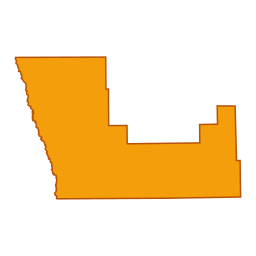 Polk, Minnesota, United States of America (orthographic projection)
{"feature_id": "52423323B42155101641625", "entity_name": "Polk", "entity_type": "district", "adm_level": 2, "iso_a3": "USA", "parent_name": "United States of America", "parent_adm1": "Minnesota", "projection": "orthographic", "projection_center": [-96.923, 47.836], "detail": "fine", "context": "isolated", "style": "filled", "palette": "amber", "viewbox_px": 256, "rotation_deg": 0, "n_neighbors": 0, "source": "geoboundaries", "source_scale": "gbopen_adm2", "svg_char_len": 3515}
<svg xmlns="http://www.w3.org/2000/svg" viewBox="0 0 256 256"><path d="M240.6,197.0L240.1,160.5L236.5,160.6L235.1,106.0L217.2,105.9L217.5,124.2L199.6,124.5L199.8,142.9L127.2,143.8L127.0,125.5L108.7,125.6L108.5,101.2L108.5,89.0L105.9,89.1L105.8,70.8L105.7,57.1L15.5,57.4L15.4,57.7L15.4,58.4L15.7,59.6L16.0,60.1L16.3,60.3L16.4,60.6L16.4,61.1L16.4,61.6L16.3,62.1L16.0,62.7L16.0,63.3L16.1,63.6L17.1,64.0L17.4,64.5L17.3,64.9L17.4,65.2L17.8,65.8L17.9,67.0L18.1,67.7L18.9,69.2L19.0,69.6L19.0,70.0L18.9,70.2L18.6,70.8L18.6,71.1L18.6,71.4L19.1,71.6L20.0,71.5L20.3,71.5L20.5,71.8L20.7,72.8L21.2,73.2L21.3,73.6L21.3,73.9L21.1,74.3L21.1,74.6L21.1,74.8L21.6,75.0L21.9,75.7L21.9,76.5L21.7,77.5L21.3,78.1L21.2,78.4L21.2,78.5L21.4,78.7L22.2,78.8L23.7,81.5L24.2,82.0L25.3,82.7L25.5,83.0L25.7,83.7L26.0,85.0L26.2,87.9L26.2,88.2L25.8,89.3L25.7,89.7L25.9,90.2L26.1,90.4L26.7,90.5L27.0,90.6L27.0,91.0L26.7,91.4L26.5,91.7L26.8,94.1L27.1,94.6L28.1,95.2L28.3,95.5L28.4,95.8L28.3,96.3L27.9,97.8L27.5,98.9L27.5,99.2L27.8,99.9L27.7,100.3L27.2,100.9L27.2,101.2L27.2,101.4L27.6,101.7L28.3,102.2L28.5,102.7L28.5,103.2L28.1,104.1L28.0,104.4L28.2,105.0L28.7,105.6L29.5,106.1L30.3,106.2L30.8,106.5L30.8,107.1L30.6,107.8L30.8,108.4L31.7,109.0L33.3,110.6L33.3,110.9L32.5,111.4L32.8,111.6L33.4,112.0L33.7,112.6L33.7,113.2L33.4,113.5L33.0,113.4L32.5,113.0L32.3,113.0L32.4,113.6L33.0,114.3L33.0,114.6L32.5,115.1L32.3,115.8L33.2,116.6L33.1,116.9L32.3,117.5L32.3,118.0L32.5,118.5L33.1,118.9L33.3,119.3L33.2,119.6L32.6,120.0L32.8,120.5L33.4,120.7L35.1,121.0L35.5,121.3L35.6,121.6L35.4,121.9L35.0,122.0L35.0,122.3L35.6,122.9L35.8,122.9L36.1,123.4L36.3,124.3L36.3,126.1L36.3,126.4L36.1,126.7L36.1,127.0L36.8,127.8L37.7,127.8L38.4,129.3L38.3,130.1L38.4,130.3L38.7,130.6L38.7,131.1L38.5,131.4L38.6,132.4L38.9,133.3L38.8,133.6L38.5,134.0L38.5,134.3L38.6,134.5L39.2,135.4L39.2,135.8L39.3,136.1L39.5,136.2L39.8,136.1L40.6,136.3L41.0,136.9L41.8,137.4L41.8,137.6L41.8,137.8L41.2,138.1L41.0,138.4L40.7,138.9L40.7,139.2L40.8,139.3L41.2,139.2L41.9,140.0L41.9,140.7L42.9,140.9L44.4,142.4L44.7,143.2L44.5,143.6L44.6,144.1L44.9,144.5L45.3,144.8L45.3,145.1L45.1,145.3L45.0,145.6L45.8,146.1L45.9,146.6L45.9,147.3L45.8,147.7L45.3,148.3L45.2,148.6L45.3,148.9L45.6,149.5L46.4,150.6L47.2,151.5L47.3,151.7L47.2,152.0L46.6,152.5L46.6,152.9L47.0,153.2L47.1,153.7L47.0,154.1L47.1,154.5L47.7,155.0L47.8,155.2L47.9,155.7L47.8,156.0L48.0,156.4L48.3,156.6L48.5,157.3L48.8,157.7L48.9,158.0L48.5,158.5L48.5,158.9L48.7,159.1L48.9,159.1L49.2,159.0L49.5,158.5L49.9,158.6L50.0,158.9L50.4,162.0L50.6,162.2L51.1,162.3L51.2,162.5L51.4,162.9L51.4,163.3L51.7,163.8L52.0,164.4L51.9,164.8L51.7,165.3L51.8,166.6L52.3,167.2L52.4,167.4L52.3,168.9L52.1,169.1L51.6,169.3L51.5,169.6L52.4,170.7L52.8,173.4L53.3,173.7L54.0,173.9L54.1,174.0L53.6,174.6L53.6,174.8L55.5,175.1L56.0,175.4L56.2,175.8L56.3,176.4L56.0,177.2L56.2,177.5L56.5,177.7L56.6,178.1L56.6,178.3L56.4,178.5L56.3,178.8L56.7,179.5L56.8,179.9L56.5,182.0L56.1,182.8L56.2,183.3L56.4,183.6L56.5,183.9L56.1,184.4L55.8,184.5L55.7,184.7L55.8,185.1L56.0,185.2L56.0,185.4L55.9,185.7L55.7,186.1L55.7,186.4L55.9,186.8L56.3,187.2L56.5,187.6L56.4,188.1L56.1,188.4L56.1,188.6L56.1,188.8L56.4,189.1L56.4,189.3L56.4,189.7L56.1,190.2L56.1,190.6L56.3,190.8L56.3,191.1L55.5,192.5L55.3,192.6L54.9,192.9L54.7,193.2L54.7,193.4L55.1,194.4L55.1,195.0L55.4,195.3L55.8,195.5L56.4,195.6L56.5,195.8L56.6,196.3L56.8,196.5L56.8,196.8L56.8,197.0L56.6,197.2L56.5,197.8L56.5,198.4L56.8,198.8L167.9,198.2L240.6,197.0Z" fill="#f59e0b" stroke="#b45309" stroke-width="1.5"/></svg>